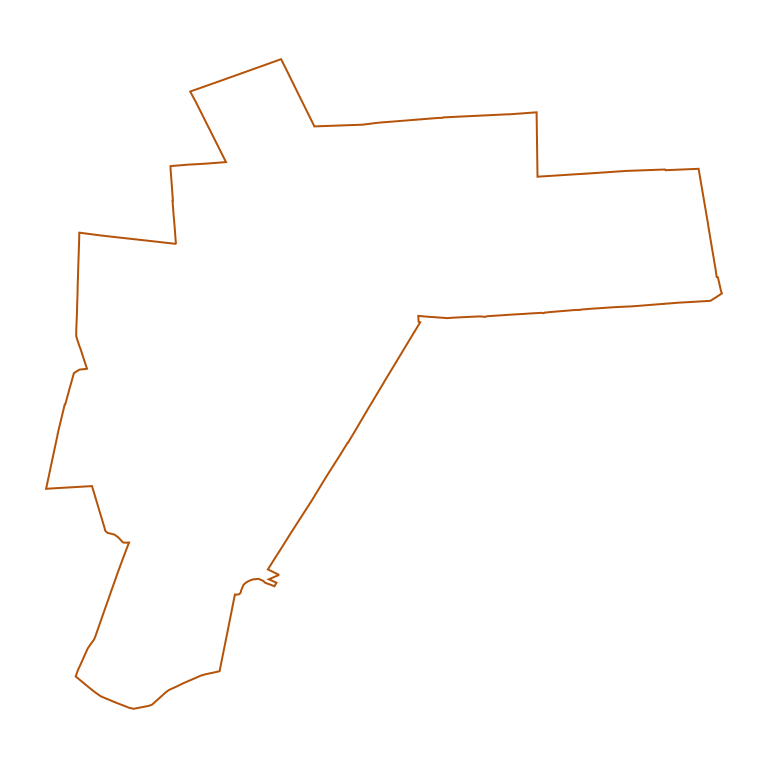 Bordei Verde, Braila, Romania (Robinson projection)
{"feature_id": "2599482B17606250456703", "entity_name": "Bordei Verde", "entity_type": "district", "adm_level": 2, "iso_a3": "ROU", "parent_name": "Romania", "parent_adm1": "Braila", "projection": "robinson", "projection_center": [27.573, 45.04], "detail": "fine", "context": "isolated", "style": "outline", "palette": "amber", "viewbox_px": 768, "rotation_deg": 0, "n_neighbors": 0, "source": "geoboundaries", "source_scale": "gbopen_adm2", "svg_char_len": 3050}
<svg xmlns="http://www.w3.org/2000/svg" viewBox="0 0 768 768"><path d="M558.2,311.4L567.7,310.6L573.4,310.1L576.5,310.0L576.9,309.9L577.7,309.9L579.7,310.0L580.1,309.7L580.9,309.6L589.0,308.9L597.9,308.3L606.9,307.7L612.4,307.3L615.8,307.1L628.6,306.5L631.5,306.4L678.1,302.7L695.8,301.7L710.5,300.8L716.3,297.1L719.2,295.2L721.9,293.4L721.5,292.4L721.1,291.4L717.9,277.3L716.7,277.0L715.5,268.8L715.2,267.1L713.1,254.6L711.9,247.6L708.7,228.4L707.6,221.5L698.6,168.8L665.5,170.2L665.0,169.5L626.6,170.9L598.7,172.8L537.5,176.7L536.6,112.3L522.2,113.4L507.9,114.4L507.6,114.3L443.3,117.4L442.7,117.8L437.1,118.0L378.3,122.7L362.4,124.7L314.3,126.4L314.1,125.8L298.4,94.1L285.5,67.9L281.1,59.2L280.7,59.3L272.9,62.1L246.3,71.6L225.9,78.9L206.7,85.7L190.8,91.3L190.2,91.6L197.0,104.1L197.0,104.3L226.0,162.1L223.1,162.3L211.5,163.2L209.1,163.4L200.2,164.0L188.6,164.6L170.6,166.1L170.5,168.3L171.9,186.6L171.9,186.8L172.9,200.8L172.5,200.8L173.7,216.3L173.9,217.9L174.7,227.7L175.3,236.0L175.9,243.4L175.4,243.8L167.1,242.9L161.1,242.2L146.0,240.5L115.2,237.1L100.2,235.4L79.7,232.7L79.3,232.7L79.1,241.4L78.8,250.1L78.5,259.8L78.2,268.1L78.0,276.1L77.7,284.4L77.5,295.4L77.2,302.3L77.0,310.9L77.0,311.6L76.7,319.2L76.3,328.9L76.2,336.0L77.2,339.5L79.8,347.2L80.3,348.2L84.3,360.6L87.0,368.7L86.3,368.9L79.5,369.6L73.9,373.1L70.8,384.2L69.4,389.1L68.1,394.0L65.2,404.5L64.7,404.5L63.7,408.8L58.3,431.1L58.0,432.8L57.7,433.7L57.2,436.8L57.1,437.4L56.9,438.0L52.0,461.0L48.1,479.4L46.1,488.8L58.8,488.0L71.5,487.3L88.2,486.3L92.0,486.1L92.6,488.2L93.8,492.1L100.0,512.8L104.7,528.4L104.8,529.3L105.2,530.6L105.9,531.4L107.6,532.9L114.3,534.5L118.2,537.3L122.9,542.4L125.2,542.7L128.1,542.6L129.1,542.6L128.1,544.9L124.0,555.7L120.5,565.1L117.9,572.1L114.8,581.0L111.6,590.0L108.4,599.2L105.1,608.5L101.9,617.6L100.9,620.5L97.7,629.7L95.3,636.6L94.1,639.4L90.3,644.6L87.6,648.7L80.4,664.8L77.8,670.4L75.7,676.5L86.5,685.4L91.5,689.5L95.9,692.9L100.8,696.3L106.4,698.7L116.8,703.0L123.9,705.7L128.9,707.7L133.5,708.8L148.6,705.9L152.0,704.7L165.9,692.2L168.9,690.0L177.3,686.2L183.6,683.1L200.4,675.8L205.4,674.3L210.1,673.3L214.9,672.3L219.6,671.2L222.2,658.1L228.0,629.3L234.9,594.5L235.3,594.5L236.5,594.7L239.3,594.1L240.2,593.2L240.8,592.2L241.1,590.5L243.4,585.1L245.3,583.1L246.4,582.4L247.6,581.6L248.7,581.0L253.1,579.3L253.3,579.4L255.9,579.1L258.4,578.8L263.2,580.9L265.4,582.9L271.1,584.9L274.4,586.3L276.5,582.7L268.8,579.3L278.4,575.2L278.5,574.6L267.9,569.4L275.8,556.8L281.8,547.5L289.6,535.0L296.9,523.6L311.8,500.5L325.9,477.3L340.7,454.0L347.6,442.8L347.9,442.9L354.9,431.2L368.9,407.4L383.8,382.6L383.9,382.3L412.6,334.8L420.2,322.3L418.6,321.7L418.3,315.9L426.2,316.6L431.8,317.0L444.3,317.9L446.5,318.1L447.7,318.1L452.5,317.7L453.0,317.7L462.5,317.2L473.3,316.7L479.6,316.4L481.7,316.5L485.2,316.9L486.1,316.4L487.6,316.2L496.7,315.6L503.0,315.2L511.5,314.6L523.9,313.9L531.2,313.4L537.2,313.1L541.6,312.8L543.1,313.2L543.8,313.2L544.6,312.6L549.8,312.1L557.7,311.4L558.2,311.4Z" fill="none" stroke="#b45309" stroke-width="2"/></svg>